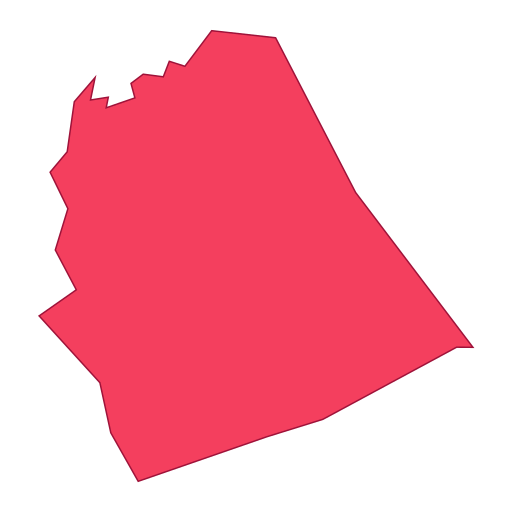 Lyon, Kentucky, United States of America (Robinson projection)
{"feature_id": "52423323B26234061394677", "entity_name": "Lyon", "entity_type": "district", "adm_level": 2, "iso_a3": "USA", "parent_name": "United States of America", "parent_adm1": "Kentucky", "projection": "robinson", "projection_center": [-88.137, 37.023], "detail": "fine", "context": "isolated", "style": "filled", "palette": "rose", "viewbox_px": 512, "rotation_deg": 0, "n_neighbors": 0, "source": "geoboundaries", "source_scale": "gbopen_adm2", "svg_char_len": 446}
<svg xmlns="http://www.w3.org/2000/svg" viewBox="0 0 512 512"><path d="M95.1,77.5L74.3,101.7L67.2,151.8L50.1,172.2L67.9,208.7L55.3,250.0L76.3,289.8L39.1,315.9L99.9,382.7L110.8,432.8L138.2,481.3L266.7,436.8L322.9,419.3L456.6,347.2L472.9,347.3L355.6,192.5L275.6,37.8L211.7,30.7L184.9,66.3L169.3,61.3L163.3,76.8L143.2,74.2L131.0,83.4L134.9,97.9L106.2,107.8L108.3,97.2L90.5,100.0L95.1,77.5Z" fill="#f43f5e" stroke="#9f1239" stroke-width="1.5"/></svg>